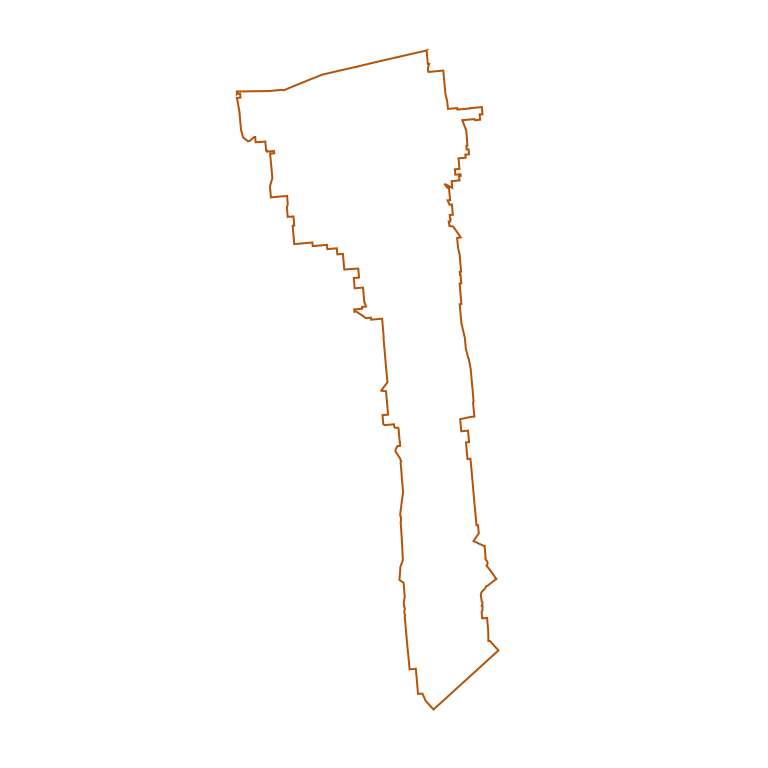 Kulin, Western Australia, Australia (Natural Earth projection), rotated 85°
{"feature_id": "25037944B90327134540623", "entity_name": "Kulin", "entity_type": "district", "adm_level": 2, "iso_a3": "AUS", "parent_name": "Australia", "parent_adm1": "Western Australia", "projection": "natural_earth1", "projection_center": [118.699, -32.766], "detail": "fine", "context": "isolated", "style": "outline", "palette": "amber", "viewbox_px": 768, "rotation_deg": 85, "n_neighbors": 0, "source": "geoboundaries", "source_scale": "gbopen_adm2", "svg_char_len": 5611}
<svg xmlns="http://www.w3.org/2000/svg" viewBox="0 0 768 768"><g transform="rotate(85 384 384)"><path d="M55.4,312.4L58.7,336.0L61.8,358.3L63.5,370.2L63.6,370.3L64.4,376.0L65.2,381.3L65.3,381.3L65.8,384.4L65.6,384.4L66.4,389.9L69.9,414.8L70.4,418.3L70.5,418.8L70.6,419.2L73.2,427.6L74.9,433.5L75.8,436.3L77.8,442.9L81.0,453.1L82.3,457.0L82.6,458.1L82.6,458.5L82.6,458.9L82.1,460.0L82.1,460.9L82.1,473.5L81.8,477.9L81.1,487.0L79.8,505.0L82.2,505.3L82.1,505.2L82.4,502.0L86.2,502.0L86.2,505.6L88.1,505.4L99.9,504.3L106.2,504.3L111.9,504.3L118.0,504.3L121.7,503.7L126.2,502.8L130.3,498.4L130.3,496.9L130.2,496.8L126.7,491.8L126.7,490.8L132.0,490.8L132.1,484.9L132.1,481.1L139.6,481.1L141.1,481.1L141.1,480.3L142.3,480.3L142.3,473.3L144.6,473.3L144.6,477.4L159.6,477.3L159.8,477.3L169.1,477.3L177.3,480.4L182.7,480.4L188.2,480.4L188.2,464.1L196.5,464.2L199.4,465.3L209.1,465.4L209.2,459.6L218.3,459.6L218.3,461.2L224.5,461.2L231.7,461.2L236.7,461.2L236.8,461.2L236.8,453.6L236.8,446.0L236.8,443.0L240.4,443.0L240.4,437.3L240.4,428.7L244.7,428.7L244.7,419.2L250.8,419.2L250.8,418.7L250.8,413.6L261.1,413.6L266.5,413.6L266.7,399.6L275.8,399.6L275.8,404.9L284.5,404.9L286.1,404.9L286.1,396.5L291.1,396.5L300.5,396.5L300.5,396.3L301.0,396.3L305.3,395.1L305.3,396.3L305.3,399.2L307.1,399.2L307.1,407.2L309.5,407.2L309.4,406.6L309.3,406.1L309.4,405.6L309.5,405.2L309.8,404.8L313.1,400.8L313.2,400.3L314.1,399.2L314.3,399.0L314.6,398.9L315.1,398.2L315.3,398.1L316.8,396.4L316.8,391.2L318.8,391.2L318.8,380.2L325.7,380.2L332.1,380.2L336.6,380.2L338.2,380.4L339.7,380.5L344.3,380.5L345.6,380.5L346.7,380.5L347.4,380.5L349.9,380.5L352.2,380.5L358.5,380.5L366.5,380.5L370.3,380.5L374.2,380.5L376.1,380.4L382.6,380.4L384.0,381.7L389.1,386.3L390.4,387.4L390.5,387.3L391.4,382.6L401.3,382.6L408.1,382.6L411.2,382.6L414.7,382.6L414.9,382.6L414.9,388.2L416.8,388.2L424.0,388.2L425.0,386.9L425.0,377.6L427.4,377.5L427.9,377.4L428.3,377.1L428.6,376.7L428.7,376.2L428.7,374.2L428.9,373.7L429.3,373.4L429.7,373.4L431.4,373.4L434.7,373.4L438.1,373.4L443.1,373.4L443.1,373.2L447.0,373.2L447.0,376.0L450.1,378.2L452.3,378.4L454.2,377.3L456.7,376.0L459.3,374.6L460.8,374.2L462.4,373.6L462.7,373.7L463.3,374.3L471.8,374.3L475.2,374.3L476.3,374.4L476.5,374.4L481.2,374.4L487.6,374.4L493.2,374.4L502.3,376.4L504.1,376.8L515.2,379.2L516.0,379.2L516.7,379.3L517.8,378.8L520.6,378.8L522.8,379.3L523.0,379.5L526.0,379.5L532.3,379.6L533.9,379.6L534.3,379.7L537.8,379.7L543.1,379.9L552.1,380.2L559.2,380.5L561.0,380.5L561.5,380.8L567.6,383.6L570.9,384.1L575.9,384.9L580.4,385.7L580.5,385.7L583.7,381.8L590.6,381.8L596.1,381.9L597.8,381.9L600.8,382.7L602.4,383.1L603.9,383.4L607.5,383.4L608.2,383.0L608.9,382.8L610.3,382.9L611.6,383.6L613.9,383.6L616.2,383.1L617.7,383.6L623.1,383.6L628.5,383.6L631.8,383.6L632.1,383.6L632.5,383.6L637.5,383.6L642.6,383.6L644.5,383.6L661.8,383.4L670.5,383.4L670.5,377.1L678.5,377.1L688.1,377.1L695.7,377.1L695.8,372.7L703.3,370.1L705.7,368.2L712.6,363.0L711.6,361.8L708.8,358.1L706.0,354.4L702.2,349.4L699.0,345.2L698.9,345.0L698.2,344.1L696.6,342.0L692.8,337.1L690.9,334.6L686.2,328.4L682.4,323.5L679.3,319.3L675.8,314.8L674.9,313.6L674.8,313.4L673.0,311.1L671.2,308.7L669.6,306.6L667.4,303.8L667.3,303.7L665.5,301.2L662.6,297.5L660.8,295.0L659.4,293.2L649.1,301.0L649.1,302.4L638.9,301.7L630.5,301.7L626.0,301.7L626.0,306.6L620.0,306.6L619.1,306.5L618.3,305.7L613.8,305.2L613.4,305.2L613.4,305.9L611.8,305.2L609.9,304.9L608.8,305.7L607.0,305.7L603.3,306.0L602.2,305.9L601.0,305.5L600.7,305.2L600.0,305.1L599.2,304.3L598.2,303.2L596.0,300.7L594.3,299.8L594.0,298.3L593.5,297.7L590.9,293.7L587.9,289.0L586.5,290.3L585.6,290.4L579.7,294.0L578.1,295.0L575.3,296.7L574.4,297.6L573.4,297.5L573.1,297.0L572.7,296.8L571.7,296.5L569.8,296.6L568.4,297.5L568.1,297.7L567.7,298.0L566.7,298.1L566.8,297.9L562.0,297.9L554.0,297.9L554.1,298.5L548.3,308.5L545.5,306.2L545.4,306.2L541.0,302.6L534.5,302.6L532.8,302.6L532.8,304.2L524.9,304.2L511.5,304.3L503.4,304.3L490.1,304.3L482.5,304.3L466.0,304.4L466.0,307.4L463.5,307.4L453.1,307.4L449.3,307.4L449.3,304.3L437.8,304.4L437.8,311.1L430.9,311.2L425.7,311.2L424.3,300.2L424.3,296.8L413.4,296.9L410.0,296.9L409.3,296.3L407.6,296.3L402.5,296.3L399.1,296.3L393.1,296.3L392.5,296.4L391.9,296.3L389.0,296.3L380.0,296.3L377.0,296.3L371.2,296.9L366.1,297.4L365.6,297.6L365.3,297.9L363.5,298.1L360.0,298.7L356.3,299.4L352.1,299.4L345.4,299.4L338.6,300.4L330.0,301.6L325.4,301.6L317.7,301.6L311.0,301.6L311.0,299.9L304.1,299.9L290.5,299.9L290.5,298.2L285.5,298.2L281.9,298.2L281.9,298.8L278.9,298.8L278.9,297.4L272.2,297.4L261.8,297.4L254.6,298.4L250.1,298.4L244.9,298.4L244.6,294.8L240.5,297.1L233.2,301.3L232.4,305.0L227.8,305.4L227.9,303.8L226.3,303.8L225.8,303.3L225.0,303.3L224.3,303.8L221.4,303.8L221.4,300.7L214.0,300.7L211.1,300.7L211.2,303.0L206.6,304.7L206.6,302.1L194.2,302.2L194.2,303.6L189.9,306.4L190.1,306.1L190.3,305.7L190.5,305.4L190.6,305.1L194.5,298.9L187.8,298.9L187.8,291.1L183.4,291.1L183.4,289.5L181.7,289.5L181.7,294.7L176.3,294.7L176.3,290.1L174.7,290.1L171.3,290.1L165.7,290.1L165.7,286.1L165.7,283.0L162.6,283.0L162.6,279.3L157.6,279.3L157.6,281.2L153.8,281.2L153.8,280.1L149.8,280.1L146.4,280.0L138.7,280.0L133.1,281.6L129.1,282.7L128.0,283.0L128.0,270.8L129.2,270.4L129.1,265.2L123.7,265.2L123.8,263.8L124.0,262.5L124.0,262.4L116.7,262.4L116.7,265.8L116.7,270.1L116.7,274.1L117.0,274.1L117.0,287.0L115.5,287.0L115.5,296.3L110.9,296.4L108.1,296.4L100.3,297.5L88.7,297.6L81.9,297.6L76.9,297.6L77.0,307.1L77.0,311.5L77.0,312.5L76.8,312.7L73.0,312.7L69.1,311.1L69.1,312.4L58.7,312.5L55.5,312.5L55.4,312.4Z" fill="none" stroke="#b45309" stroke-width="2"/></g></svg>